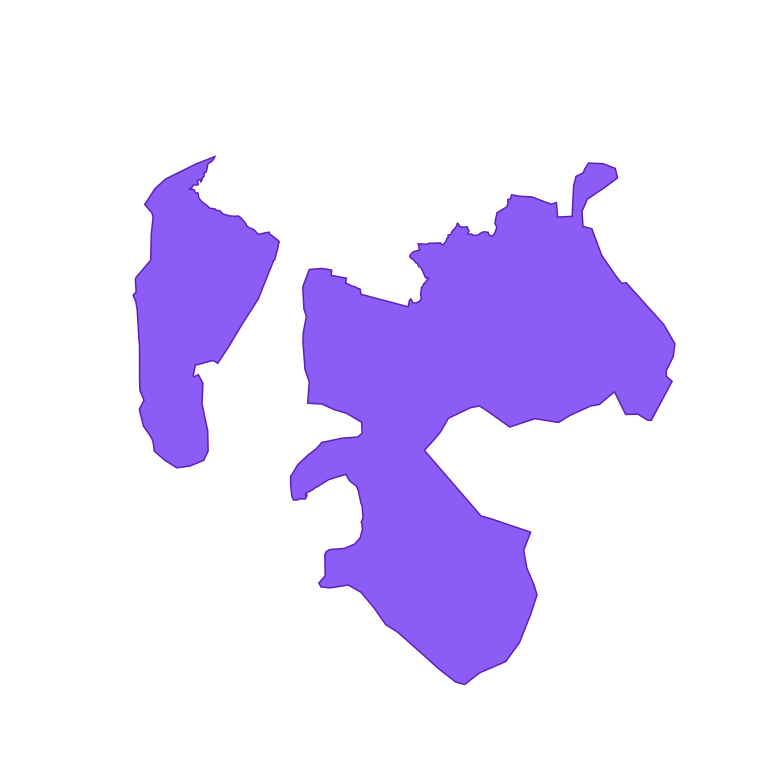 the district of Sabir Al Mawadim, Ta`izz, Yemen, rotated 15°
{"feature_id": "15242507B26080958654520", "entity_name": "Sabir Al Mawadim", "entity_type": "district", "adm_level": 2, "iso_a3": "YEM", "parent_name": "Yemen", "parent_adm1": "Ta`izz", "projection": "natural_earth1", "projection_center": [44.03, 13.53], "detail": "fine", "context": "isolated", "style": "filled", "palette": "violet", "viewbox_px": 768, "rotation_deg": 15, "n_neighbors": 0, "source": "geoboundaries", "source_scale": "gbopen_adm2", "svg_char_len": 6147}
<svg xmlns="http://www.w3.org/2000/svg" viewBox="0 0 768 768"><g transform="rotate(15 384 384)"><path d="M591.8,223.5L587.3,225.2L579.2,218.9L561.1,203.5L544.6,180.3L536.8,180.3L535.5,180.5L530.6,165.9L532.5,153.5L532.8,152.5L534.2,151.0L546.5,136.8L556.3,124.5L551.6,115.9L538.6,114.5L524.4,117.6L522.1,124.9L521.9,128.4L515.7,133.8L515.9,143.6L522.3,173.4L508.5,177.8L503.6,164.1L498.9,167.1L478.6,165.0L466.0,167.6L458.3,168.2L458.2,170.6L458.1,172.1L457.6,173.0L457.0,173.2L455.9,173.8L456.9,177.1L456.9,181.0L448.8,189.3L449.1,193.9L449.2,196.8L449.5,198.2L449.7,199.0L449.5,199.6L449.8,200.4L449.9,200.6L450.8,201.5L451.8,202.6L452.5,204.9L452.3,205.8L452.0,207.2L452.2,207.9L452.3,208.5L451.9,209.7L451.3,211.2L450.9,212.6L449.2,213.2L447.2,212.9L446.1,211.7L445.4,210.6L441.2,211.0L439.1,212.5L437.6,213.9L437.1,215.0L435.5,216.2L432.3,217.3L431.0,216.8L429.3,216.5L428.2,217.3L427.0,217.4L426.3,217.0L426.2,216.7L426.5,215.2L426.4,213.9L425.3,213.1L424.6,212.2L423.9,210.7L422.8,211.0L421.5,211.5L420.5,211.9L419.2,212.1L416.4,212.3L414.7,210.3L413.4,209.7L413.2,210.1L413.2,212.2L412.8,213.7L412.0,215.7L411.3,217.0L410.5,218.1L410.1,220.5L410.0,221.7L409.5,222.3L408.9,222.8L408.0,223.1L407.5,223.6L407.3,224.4L408.1,225.4L407.8,226.2L407.4,226.5L407.0,227.3L407.0,228.0L407.1,228.8L406.9,229.5L406.1,232.3L404.6,234.6L404.0,234.6L403.3,234.3L402.6,233.5L402.2,233.1L401.8,233.1L401.2,233.3L400.6,233.7L400.0,234.0L399.5,234.1L399.0,234.0L398.7,234.1L398.5,234.4L397.1,234.7L396.4,235.1L395.8,235.1L394.9,235.4L394.1,235.5L391.7,236.2L391.0,236.6L390.3,236.7L389.7,237.5L389.4,237.8L388.7,238.0L386.4,238.6L384.9,238.8L382.0,239.5L380.7,239.8L382.0,241.7L383.1,244.4L383.7,245.0L382.8,245.7L381.5,246.7L379.7,247.6L378.1,248.8L376.6,251.1L375.8,253.0L375.8,254.0L376.3,254.6L376.8,255.1L377.9,255.5L379.4,256.0L380.8,256.8L381.8,257.3L382.4,257.9L383.4,258.7L384.1,258.7L385.2,258.9L385.8,259.9L386.4,260.4L387.0,261.4L388.9,261.8L389.4,262.0L391.2,264.2L392.0,264.6L392.5,265.0L392.6,265.5L393.3,266.5L394.1,267.5L394.7,268.1L395.3,269.1L395.9,269.6L396.8,270.5L397.1,270.9L397.6,270.6L398.1,270.0L398.9,270.0L399.5,270.2L399.7,270.3L396.7,277.2L396.3,277.2L396.3,278.8L395.3,281.4L395.6,283.4L396.0,286.7L396.1,287.3L396.3,288.2L396.9,289.5L397.2,290.2L397.5,290.8L397.9,292.1L397.3,293.9L396.9,295.0L395.5,296.1L394.9,296.7L394.1,297.2L393.7,297.5L392.5,297.9L391.7,298.0L390.7,297.9L389.6,297.1L389.3,296.4L388.9,295.8L388.4,295.2L387.8,295.0L387.7,295.4L387.3,295.8L387.0,296.7L387.3,303.2L377.4,303.2L375.2,303.2L366.6,303.2L357.7,303.3L357.1,303.3L353.2,303.3L352.9,303.3L342.4,303.2L341.8,303.4L341.6,303.3L338.6,303.4L338.1,302.6L337.8,301.6L337.5,301.3L337.3,301.2L337.2,300.9L337.2,300.5L337.0,299.5L336.8,299.2L336.1,298.5L335.9,298.4L335.0,298.5L334.2,298.5L331.7,297.7L329.8,297.6L329.1,297.7L327.9,297.6L327.1,297.6L323.9,296.9L320.9,296.6L321.0,296.2L320.8,294.5L320.1,292.5L320.3,291.5L309.1,292.4L307.2,292.6L304.9,293.0L304.5,290.3L304.2,288.4L303.9,287.5L294.3,288.4L286.2,291.3L285.9,291.4L282.2,292.7L280.6,308.9L280.6,311.9L287.3,332.4L291.5,338.7L292.7,354.9L294.8,364.3L303.9,390.3L311.4,401.6L311.7,403.3L311.7,403.5L313.0,410.6L314.7,419.1L315.2,422.2L318.5,421.7L329.3,419.4L342.3,421.6L355.6,422.0L372.2,426.7L375.5,436.7L375.5,437.2L372.4,442.0L357.2,447.3L355.0,448.5L339.1,456.5L335.3,464.1L329.0,472.2L323.7,480.9L321.6,484.3L318.2,496.4L317.6,497.1L319.5,503.9L319.5,504.2L323.8,515.9L326.6,519.5L330.5,518.3L331.9,516.9L337.9,515.3L338.5,511.6L337.9,510.6L337.1,511.5L336.6,510.9L337.0,509.6L342.1,505.0L344.3,502.1L346.3,500.4L355.1,490.9L361.4,486.8L370.6,481.2L375.7,486.4L383.7,489.8L387.0,493.9L392.5,505.0L394.2,506.9L398.4,518.5L397.8,523.2L398.0,523.2L400.7,529.5L400.8,538.7L397.1,546.2L389.8,551.9L388.4,553.0L374.1,558.1L371.5,561.0L371.0,563.9L373.5,572.8L376.8,584.5L372.6,593.1L375.7,596.3L384.2,595.0L390.0,592.6L401.4,587.4L415.6,591.1L432.9,603.3L442.4,611.3L447.9,616.0L461.5,620.2L482.7,630.8L511.5,645.4L530.4,653.3L534.9,653.5L539.9,653.2L550.9,638.4L573.5,620.5L581.8,598.6L585.3,568.5L586.4,548.0L580.4,538.5L569.6,524.8L562.0,508.4L564.0,489.2L520.9,486.4L511.9,486.4L503.1,480.4L440.1,437.6L447.3,423.9L451.1,415.3L455.1,400.4L473.3,384.8L481.7,380.5L489.3,382.8L516.6,393.0L538.8,378.4L562.5,376.0L571.8,366.2L589.5,351.6L597.4,348.0L608.6,331.8L625.1,350.7L625.6,350.8L637.2,347.4L647.9,350.7L651.6,349.9L661.6,306.8L654.8,303.5L653.2,298.3L656.3,282.7L654.6,269.9L654.4,269.7L638.9,254.2L618.6,241.0L591.8,223.5ZM216.5,514.0L217.9,513.3L229.7,504.4L230.8,498.4L230.9,497.6L231.5,494.4L225.9,475.1L225.6,474.4L217.7,458.9L213.5,450.6L208.9,430.3L202.3,423.0L198.7,426.2L197.6,425.5L196.9,413.9L198.9,413.6L209.7,407.2L213.1,405.6L218.1,407.0L224.6,387.3L227.0,378.7L231.3,363.6L240.6,334.3L240.6,333.5L243.0,313.5L245.4,293.6L246.3,292.3L246.2,291.5L246.2,280.0L245.9,276.0L246.0,273.6L243.1,272.1L235.9,269.1L234.5,268.6L233.8,267.1L233.4,267.4L230.9,268.2L226.7,270.6L223.8,271.9L218.2,268.5L216.1,268.3L213.1,267.9L211.1,267.1L208.1,264.1L202.9,260.5L199.6,259.4L197.1,260.5L191.8,261.5L184.7,261.5L182.2,260.2L180.4,259.0L179.6,259.2L177.9,259.7L175.8,259.0L175.2,258.5L171.3,259.2L170.3,259.1L168.9,258.6L167.8,257.8L163.3,256.1L159.7,254.3L157.5,252.7L156.8,251.9L155.6,249.0L155.2,248.1L154.3,247.5L153.5,248.3L152.7,248.5L151.0,246.4L150.1,245.4L148.2,245.7L147.3,245.9L145.8,246.2L146.8,244.7L147.7,243.9L148.0,242.1L148.2,241.3L152.9,239.7L152.9,239.1L151.1,235.9L151.5,235.5L152.4,234.8L153.2,234.2L153.7,234.1L154.6,236.0L155.4,235.1L155.3,234.1L155.4,233.3L155.4,231.5L156.3,230.5L156.4,229.7L155.7,227.0L155.8,226.2L156.9,226.0L157.3,225.1L157.4,223.3L157.2,220.2L157.0,218.8L156.9,217.2L158.3,215.3L160.2,213.2L161.0,211.3L161.7,209.0L161.8,208.1L145.1,220.4L120.0,242.5L112.3,254.5L110.7,259.4L106.4,272.5L115.6,278.9L117.8,282.7L120.6,300.2L126.6,324.9L116.9,345.2L116.9,347.7L120.7,359.1L118.6,363.2L122.7,368.2L126.4,376.2L136.2,405.8L137.5,408.7L146.8,443.2L149.9,453.4L156.4,461.8L154.2,471.8L161.9,485.8L162.5,486.9L173.0,495.8L175.8,499.4L179.5,508.3L192.3,514.5L205.5,518.6L216.5,514.0Z" fill="#8b5cf6" stroke="#5b21b6" stroke-width="1.5"/></g></svg>